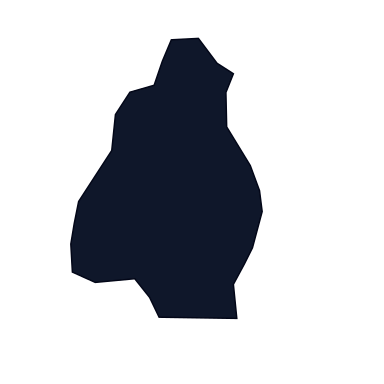 the district of Kaliana, Nicosia, Cyprus, rotated 303°
{"feature_id": "46923920B95377363284584", "entity_name": "Kaliana", "entity_type": "district", "adm_level": 2, "iso_a3": "CYP", "parent_name": "Cyprus", "parent_adm1": "Nicosia", "projection": "equal_earth", "projection_center": [32.874, 35.003], "detail": "fine", "context": "isolated", "style": "filled", "palette": "ink", "viewbox_px": 384, "rotation_deg": 303, "n_neighbors": 0, "source": "geoboundaries", "source_scale": "gbopen_adm2", "svg_char_len": 497}
<svg xmlns="http://www.w3.org/2000/svg" viewBox="0 0 384 384"><g transform="rotate(303 192 192)"><path d="M324.3,113.7L308.4,91.8L285.6,95.9L260.9,102.1L241.9,85.6L215.3,85.6L183.1,102.1L156.5,102.1L122.3,102.1L101.4,110.4L82.4,118.7L59.7,135.3L63.5,160.1L88.1,191.2L80.5,213.9L69.1,232.6L110.4,298.4L137.1,277.0L160.3,275.1L178.1,273.1L213.8,261.5L229.9,247.9L245.9,226.5L265.5,185.6L294.0,166.2L313.7,162.3L313.6,142.9L324.3,113.7Z" fill="#0f172a" stroke="#020617" stroke-width="1.5"/></g></svg>